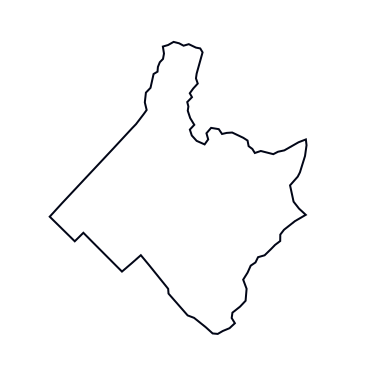 Paverama, Rio Grande do Sul, Brazil, rotated 224°
{"feature_id": "56859067B40983715015360", "entity_name": "Paverama", "entity_type": "district", "adm_level": 2, "iso_a3": "BRA", "parent_name": "Brazil", "parent_adm1": "Rio Grande do Sul", "projection": "mercator", "projection_center": [-51.725, -29.575], "detail": "fine", "context": "isolated", "style": "outline", "palette": "ink", "viewbox_px": 384, "rotation_deg": 224, "n_neighbors": 0, "source": "geoboundaries", "source_scale": "gbopen_adm2", "svg_char_len": 1358}
<svg xmlns="http://www.w3.org/2000/svg" viewBox="0 0 384 384"><g transform="rotate(224 192 192)"><path d="M242.1,75.1L241.8,87.2L229.0,86.9L187.1,86.1L185.9,98.7L184.9,111.0L172.2,109.6L141.9,105.8L138.3,102.6L109.4,100.2L103.1,102.9L88.1,104.3L78.9,104.6L74.9,107.8L73.3,113.4L70.4,120.1L70.0,127.4L75.9,128.9L79.1,133.3L77.8,142.9L77.9,151.0L85.5,160.3L94.3,164.5L96.0,172.6L98.6,179.8L97.4,185.4L99.2,191.0L95.8,196.9L95.5,206.5L95.5,211.6L94.5,218.0L98.9,222.7L99.6,228.8L97.7,242.6L94.3,254.6L103.5,254.4L112.2,255.6L126.1,264.9L126.6,276.5L128.0,281.1L135.7,296.4L142.1,305.2L146.6,308.9L149.9,301.8L154.5,286.1L158.1,280.7L159.8,275.7L171.0,269.3L173.9,263.7L178.5,264.9L183.1,264.3L187.8,267.6L192.8,266.6L204.4,262.7L208.1,258.6L210.7,254.6L216.4,255.8L222.8,251.4L222.4,244.3L216.9,241.1L216.0,235.0L224.2,232.0L231.4,232.5L236.9,235.4L237.0,241.9L244.6,243.9L251.5,247.5L254.0,251.0L257.9,253.4L257.9,260.2L262.2,261.5L263.0,267.3L263.2,274.0L268.1,276.5L270.9,280.4L281.4,299.8L285.8,301.0L289.5,298.6L297.0,296.1L299.7,291.4L304.6,290.0L309.5,287.2L311.3,281.1L314.0,276.4L308.3,272.1L305.3,267.6L305.3,263.0L303.4,258.3L300.4,254.6L301.6,250.2L294.2,238.1L294.2,231.5L288.2,223.7L281.6,219.5L280.9,214.8L279.4,201.9L279.4,196.2L278.8,166.9L278.2,125.5L277.7,93.1L277.2,75.4L242.1,75.1Z" fill="none" stroke="#020617" stroke-width="2"/></g></svg>